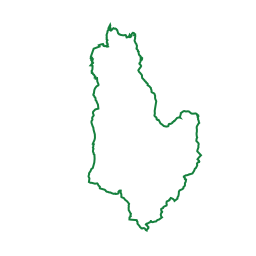 the district of Rau De Mori, Hunedoara, Romania, rotated 323°
{"feature_id": "2599482B8520908508644", "entity_name": "Rau De Mori", "entity_type": "district", "adm_level": 2, "iso_a3": "ROU", "parent_name": "Romania", "parent_adm1": "Hunedoara", "projection": "equal_earth", "projection_center": [22.785, 45.403], "detail": "fine", "context": "isolated", "style": "outline", "palette": "green", "viewbox_px": 256, "rotation_deg": 323, "n_neighbors": 0, "source": "geoboundaries", "source_scale": "gbopen_adm2", "svg_char_len": 5781}
<svg xmlns="http://www.w3.org/2000/svg" viewBox="0 0 256 256"><g transform="rotate(323 128 128)"><path d="M121.3,214.2L125.0,214.2L125.3,213.6L126.2,213.0L127.2,212.7L128.7,211.4L130.4,209.4L131.7,208.9L134.8,209.6L136.0,209.4L136.6,208.6L138.3,208.4L138.9,208.1L140.3,206.3L141.7,205.7L143.4,204.1L143.3,203.8L142.7,203.3L142.7,202.8L143.4,202.0L143.1,200.7L143.4,200.3L145.7,200.6L146.6,201.2L148.7,201.9L149.1,201.8L149.3,202.1L152.1,203.1L155.2,201.9L156.8,200.8L158.2,200.8L160.8,199.5L161.7,197.9L163.1,197.5L164.3,198.0L164.7,197.8L165.0,196.8L164.7,194.8L166.9,194.2L169.9,193.7L169.3,188.3L169.8,187.7L172.8,185.7L173.3,184.7L174.8,183.4L175.1,182.5L174.8,179.4L176.5,177.7L177.5,177.3L177.9,176.1L178.9,174.4L179.8,173.2L180.6,172.6L182.1,170.7L183.0,169.1L183.9,168.2L186.7,167.0L187.9,166.8L187.9,166.5L188.9,164.5L189.1,163.3L189.9,162.4L190.1,161.4L190.5,161.2L190.6,160.7L191.1,160.9L191.2,160.6L191.4,160.7L191.7,160.2L191.5,159.9L191.4,158.9L191.1,158.8L191.2,157.8L190.7,157.0L188.7,155.8L187.6,154.9L187.2,154.2L186.6,151.5L185.9,150.7L184.2,149.7L183.2,148.4L182.4,148.0L179.1,147.9L178.7,148.5L175.9,150.6L175.9,151.2L175.3,150.3L173.2,149.5L169.2,150.4L168.9,150.1L168.3,150.3L167.0,150.2L166.8,150.5L165.8,150.6L164.4,150.3L163.5,149.6L162.9,149.5L162.4,149.8L161.7,150.6L160.9,150.7L159.4,149.9L157.8,148.0L157.3,145.6L156.7,143.9L157.1,141.8L157.3,139.9L156.4,139.4L156.1,138.4L156.3,137.8L156.7,137.6L156.9,136.9L156.8,135.7L156.5,135.1L156.5,134.3L156.7,133.8L158.0,132.8L159.6,130.4L166.7,123.6L167.3,121.1L167.9,120.0L169.0,118.7L169.7,116.6L169.5,115.6L168.7,114.3L168.5,113.3L169.5,112.0L169.9,110.5L170.4,109.7L170.2,108.8L170.2,107.6L169.4,105.6L170.2,104.9L170.3,104.4L170.1,103.2L169.8,102.7L170.1,101.7L169.8,101.2L169.7,100.1L169.9,99.6L169.6,98.7L169.7,98.0L169.4,96.7L170.3,95.0L170.8,94.5L171.0,93.3L170.8,92.3L170.9,91.5L170.6,89.8L171.0,88.1L173.3,87.3L174.4,87.1L175.8,86.4L176.0,85.0L175.7,83.9L176.0,83.2L176.5,83.2L178.1,82.4L179.0,81.2L179.5,81.6L179.8,81.0L180.1,81.7L180.5,81.5L180.4,80.8L180.9,81.2L181.4,80.7L181.2,79.6L180.9,79.1L181.2,77.8L180.9,77.2L181.0,76.4L180.9,76.0L182.0,73.8L182.4,73.5L182.1,72.7L182.6,72.2L182.7,71.7L182.5,70.0L182.9,69.7L182.9,69.3L183.4,69.1L184.7,67.6L184.7,67.2L185.2,66.0L185.1,65.1L185.7,62.4L185.9,62.1L187.7,60.6L188.2,59.8L188.9,59.3L189.9,57.8L188.9,57.4L189.9,56.5L189.8,55.6L189.2,54.9L187.8,55.1L186.8,55.7L186.5,56.4L186.0,56.5L186.0,56.3L185.4,56.1L185.4,54.6L185.0,54.9L185.1,56.2L184.9,56.8L184.2,56.7L184.0,56.4L184.2,55.6L183.5,55.2L182.6,55.4L181.4,54.8L182.1,52.6L182.0,52.3L181.7,52.1L179.9,51.1L177.9,48.9L177.9,48.5L177.3,47.8L177.4,47.1L177.1,46.5L178.3,43.3L178.0,42.8L178.2,41.9L177.7,40.9L177.0,40.6L176.4,39.5L173.4,40.0L173.1,39.4L172.7,39.5L172.5,38.8L174.1,37.8L174.4,36.4L175.5,35.6L175.8,34.9L172.7,36.4L172.0,37.0L171.3,38.0L169.9,38.3L169.2,39.2L166.7,40.9L166.5,41.7L165.4,42.8L165.3,43.4L164.4,44.0L164.2,44.6L164.5,45.1L164.5,45.5L163.3,46.0L162.4,47.1L162.6,48.0L162.2,48.2L162.0,49.3L161.2,49.8L161.1,50.9L160.8,50.8L160.6,50.4L160.1,50.3L159.9,49.7L160.0,49.2L158.9,48.9L158.0,47.9L157.9,47.3L158.5,46.8L158.6,45.9L156.7,45.0L154.5,44.3L154.3,45.8L148.3,44.0L141.1,48.8L141.3,49.4L140.7,49.7L141.2,50.1L140.7,50.3L140.9,50.5L141.1,50.6L141.0,51.5L140.5,51.5L140.7,51.8L140.9,51.9L140.8,52.0L141.0,52.1L140.7,52.3L140.4,52.1L140.1,52.7L139.5,52.4L139.5,53.0L139.0,53.5L139.2,53.9L139.0,54.2L139.3,54.3L139.3,55.0L139.1,55.1L137.9,55.0L135.8,55.5L137.1,56.7L137.1,57.1L134.9,59.7L134.2,60.2L133.3,60.5L132.3,62.1L132.9,62.3L132.5,64.1L132.8,64.8L132.7,65.8L132.8,65.8L132.7,66.5L132.4,67.1L132.6,67.3L132.2,67.5L132.2,67.8L131.8,67.9L132.2,68.5L131.9,69.0L132.6,69.1L133.3,69.5L131.5,72.3L130.7,75.4L130.0,76.1L128.0,75.8L125.5,76.5L123.9,77.5L121.4,80.0L120.8,80.1L120.3,80.6L120.1,81.1L120.3,81.7L120.1,82.8L119.9,83.3L120.2,84.0L119.7,85.1L118.9,86.2L119.0,87.8L118.6,88.6L118.1,91.2L116.2,94.4L116.0,94.7L113.1,93.5L110.0,94.0L109.0,94.9L108.3,97.2L107.7,97.5L105.9,98.0L105.1,98.8L104.9,99.6L104.5,100.0L102.9,100.6L102.0,101.8L100.7,105.7L100.6,106.7L99.4,108.8L97.7,113.1L95.8,115.8L95.1,116.5L94.0,117.4L90.3,119.5L90.9,120.4L89.8,121.0L89.1,122.0L88.1,122.6L87.9,123.9L87.1,124.3L86.0,125.5L85.6,126.5L85.6,127.1L84.9,128.2L85.1,129.1L82.8,132.5L80.4,135.2L76.0,138.6L75.5,138.8L74.1,138.7L71.9,140.0L70.1,140.5L69.4,141.0L69.2,141.5L67.9,142.4L67.3,143.0L67.1,143.7L67.0,144.6L66.8,145.1L64.3,147.6L65.0,149.1L66.0,149.9L68.1,152.6L70.1,153.7L70.2,154.3L69.8,156.2L70.2,157.9L69.3,158.9L69.2,159.3L72.2,163.2L72.5,164.4L72.4,165.3L72.8,166.3L73.5,166.9L74.2,168.2L74.9,168.6L75.4,169.3L75.5,169.8L76.9,171.9L77.7,172.4L78.3,172.6L78.3,173.1L78.6,173.4L80.5,174.4L81.5,174.1L82.1,173.1L83.4,172.9L84.1,173.2L84.5,173.6L84.1,173.9L83.8,174.6L83.1,175.4L82.9,176.6L82.5,177.4L81.2,179.0L81.5,179.9L82.5,181.4L82.5,183.7L83.1,185.7L83.2,186.9L83.2,189.3L81.9,190.2L81.2,191.5L80.6,191.9L79.1,194.1L79.0,195.6L78.7,196.7L78.7,198.3L77.4,199.1L77.2,200.1L75.4,200.3L74.1,201.9L75.2,203.0L79.5,206.8L79.5,207.1L79.0,207.9L79.1,208.7L78.0,210.1L78.2,213.3L78.0,214.2L78.3,215.4L78.3,217.0L78.4,216.8L79.8,217.0L80.8,218.0L81.0,219.3L80.8,220.2L81.2,221.1L81.7,220.6L83.8,220.3L83.9,219.9L84.7,219.5L84.2,215.8L84.8,215.6L85.6,215.7L86.0,216.1L87.3,216.1L88.7,216.5L90.2,216.1L90.9,215.5L90.4,216.1L90.2,216.7L90.3,217.2L91.1,218.1L92.6,218.6L94.2,219.5L96.1,219.2L97.7,219.8L101.4,219.8L101.3,218.5L102.0,216.9L103.8,215.6L104.4,215.8L104.9,215.5L105.0,215.3L104.8,214.8L104.8,214.1L105.6,212.8L105.9,212.6L107.9,213.0L108.5,212.5L109.7,212.5L112.1,213.1L112.8,212.6L113.4,211.2L114.7,210.0L117.3,210.6L117.9,210.5L118.0,210.1L119.5,209.9L120.0,209.6L120.5,210.2L121.3,212.0L121.5,213.6L121.3,214.2Z" fill="none" stroke="#15803d" stroke-width="2"/></g></svg>